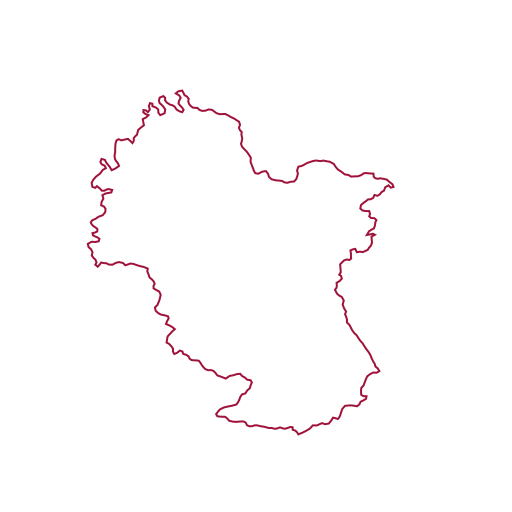 the district of Jaboticatubas, Minas Gerais, Brazil, rotated 69°
{"feature_id": "56859067B91288962070993", "entity_name": "Jaboticatubas", "entity_type": "district", "adm_level": 2, "iso_a3": "BRA", "parent_name": "Brazil", "parent_adm1": "Minas Gerais", "projection": "mercator", "projection_center": [-43.732, -19.423], "detail": "fine", "context": "isolated", "style": "outline", "palette": "rose", "viewbox_px": 512, "rotation_deg": 69, "n_neighbors": 0, "source": "geoboundaries", "source_scale": "gbopen_adm2", "svg_char_len": 6042}
<svg xmlns="http://www.w3.org/2000/svg" viewBox="0 0 512 512"><g transform="rotate(69 256 256)"><path d="M82.3,263.4L80.2,265.1L77.4,265.3L75.1,265.6L74.4,269.5L75.5,272.6L78.6,270.1L81.4,269.7L83.8,272.5L85.9,273.7L88.1,273.0L91.0,271.8L93.6,271.2L95.3,273.3L93.5,275.6L90.9,277.6L87.3,278.5L85.3,280.0L83.9,282.0L80.8,284.3L78.0,285.1L75.8,284.1L73.5,285.2L73.6,289.1L76.0,290.9L78.6,291.2L82.4,289.3L86.6,288.2L90.0,290.2L90.2,294.9L87.2,295.8L84.1,294.8L81.4,296.3L79.1,299.0L76.7,298.2L75.3,300.2L77.5,302.2L81.3,302.7L82.9,305.4L80.5,306.7L79.4,308.7L81.4,309.7L83.7,308.4L86.0,305.9L87.3,309.0L87.6,312.7L90.9,313.3L93.8,313.8L94.8,317.3L96.1,320.8L98.3,322.4L100.1,323.6L101.0,325.9L102.1,327.9L104.7,328.8L106.3,330.9L103.8,332.0L100.8,333.5L100.2,337.0L99.8,340.2L97.8,342.3L98.0,344.7L100.6,346.8L103.3,348.1L105.6,349.1L108.6,350.3L111.8,352.2L114.9,352.9L117.1,352.6L119.8,351.7L122.9,351.6L123.9,356.0L124.2,360.0L120.3,360.6L117.4,361.6L114.8,362.4L112.1,362.6L110.0,365.4L112.4,367.6L115.1,367.2L117.4,364.9L120.2,364.7L120.7,368.2L123.2,372.1L124.5,376.8L126.5,380.6L128.8,383.2L132.8,384.0L134.8,381.6L133.8,379.5L137.1,377.5L139.7,376.6L140.7,374.4L140.4,371.8L140.7,369.6L142.8,366.6L144.8,368.3L143.7,374.2L144.2,377.6L147.7,377.9L150.1,380.7L153.1,382.4L155.5,380.1L158.1,379.6L161.0,381.0L163.0,384.5L162.9,389.0L163.8,392.4L164.0,396.2L165.5,398.3L168.0,397.9L170.1,396.9L171.9,395.6L173.9,394.4L176.2,395.4L176.4,398.2L176.0,400.4L178.2,400.8L180.0,399.3L181.6,397.5L183.9,396.0L185.9,397.6L185.4,400.8L183.8,404.4L184.4,408.7L187.8,409.1L190.4,407.6L193.9,407.3L196.6,409.1L199.5,408.4L201.9,407.2L204.9,407.2L206.5,409.1L209.3,407.6L207.9,404.9L206.6,402.9L208.1,400.6L209.1,398.3L211.2,396.5L212.7,393.2L212.2,389.7L212.5,386.2L214.9,382.6L217.8,381.4L218.0,378.6L218.0,376.0L219.5,373.2L221.7,370.7L224.1,367.6L226.0,364.7L229.0,361.6L231.4,363.0L234.5,362.9L237.7,363.1L240.7,361.5L243.2,360.6L245.7,360.6L247.2,362.4L249.5,363.2L252.0,361.3L254.5,359.1L258.1,358.9L260.8,360.7L263.1,362.4L264.7,364.0L266.5,365.7L267.8,368.8L271.0,369.3L273.7,368.1L276.1,366.3L277.5,364.4L279.1,361.9L280.9,359.7L283.1,360.0L285.0,362.4L287.3,364.4L289.5,362.0L292.5,359.5L295.2,358.0L296.2,360.8L297.7,363.8L299.4,367.3L302.3,369.1L304.8,370.5L306.8,368.7L310.1,367.3L312.9,366.7L315.4,367.8L318.2,367.4L318.1,364.3L317.0,361.0L318.8,358.9L321.3,359.0L323.3,356.5L325.7,354.9L328.0,354.8L330.0,353.5L331.2,351.3L332.1,349.0L333.3,346.9L336.0,346.1L339.0,345.6L341.2,344.8L343.4,343.9L345.4,341.7L346.6,338.5L348.2,336.8L350.5,335.8L353.6,334.9L355.8,332.3L357.5,330.4L359.6,328.2L358.5,323.6L359.2,320.1L359.4,316.3L360.3,313.0L363.2,311.9L365.7,309.8L368.3,308.6L370.0,305.6L372.6,305.2L374.6,307.2L377.2,309.1L378.3,312.2L380.5,315.3L380.2,318.7L382.0,321.2L384.6,323.5L386.2,325.3L387.6,327.6L387.4,330.0L387.1,332.5L386.5,335.9L385.9,340.3L386.3,344.5L387.4,346.8L389.3,349.9L391.8,349.5L393.0,347.3L393.9,345.2L395.1,342.4L397.3,341.1L400.2,340.1L402.5,336.7L403.8,333.8L404.8,330.2L406.0,327.0L407.7,325.4L410.8,325.0L412.6,323.2L413.5,320.5L413.6,318.0L414.5,315.6L416.6,312.7L418.4,309.4L419.8,307.6L421.3,305.4L422.2,302.9L424.0,300.5L424.6,297.8L424.6,295.0L426.5,292.8L427.7,290.8L427.9,287.8L427.9,285.3L429.0,283.2L431.4,284.0L433.2,281.8L435.4,280.8L437.7,280.4L437.6,276.3L437.2,271.9L436.4,267.5L434.5,263.7L436.0,259.9L435.8,256.6L435.7,254.2L437.8,251.8L438.5,248.0L436.4,244.5L434.5,242.0L436.0,239.8L437.5,238.0L436.3,235.9L434.6,234.2L432.2,232.4L429.6,230.1L427.8,226.6L428.6,223.5L429.6,220.6L431.0,218.0L432.5,215.5L431.5,212.6L429.5,210.5L429.3,207.4L428.7,204.4L426.5,203.1L425.4,205.9L423.3,207.5L421.0,206.8L418.9,206.0L416.8,204.9L415.6,202.2L413.4,200.2L410.8,197.9L408.2,195.3L407.2,191.9L406.8,188.3L408.2,185.3L407.7,182.1L404.6,182.6L401.9,184.1L399.6,183.8L396.2,184.4L392.6,184.7L389.5,184.7L386.1,185.3L382.3,186.4L378.8,187.2L375.6,187.8L372.3,189.1L368.9,189.9L365.9,190.5L363.4,191.8L359.7,192.8L356.9,193.1L354.1,193.4L350.6,194.9L347.8,193.8L345.0,193.6L342.2,193.7L340.2,191.8L336.5,192.5L332.4,192.5L329.0,190.0L325.0,190.6L322.6,192.6L320.6,193.7L318.2,194.1L315.8,194.4L314.6,192.3L312.6,191.1L309.9,190.4L309.4,187.1L307.9,184.0L305.2,183.7L303.3,185.0L301.6,182.7L297.6,181.5L293.9,180.4L292.5,177.3L291.6,175.1L291.9,172.2L293.2,170.3L292.5,168.1L290.3,167.5L288.1,166.6L284.6,165.8L284.5,163.3L284.9,160.8L288.6,160.5L289.2,157.4L290.6,155.0L290.5,152.2L290.3,149.5L288.7,147.4L287.6,145.1L285.1,142.9L281.8,142.0L279.3,141.2L278.8,137.4L277.1,138.9L276.7,141.8L276.1,145.0L273.4,141.6L272.8,138.6L272.5,136.0L270.1,134.0L267.3,132.5L265.6,130.7L263.1,132.0L261.7,135.0L259.6,136.1L257.7,134.5L254.6,134.2L253.3,137.7L251.6,140.3L249.1,141.6L246.1,139.8L244.9,136.6L244.1,133.3L243.3,131.1L244.1,128.8L243.8,125.8L241.5,123.5L243.3,121.1L242.8,118.2L241.4,116.1L240.8,113.0L238.2,110.8L237.5,107.0L240.6,105.6L240.8,102.9L238.0,102.9L234.3,105.1L231.5,106.5L229.2,110.1L227.9,112.3L227.6,114.6L226.1,116.8L224.1,117.7L221.2,116.8L219.6,120.4L218.1,123.3L217.4,125.5L218.2,128.9L218.1,132.4L217.0,135.4L216.0,138.7L213.5,140.7L211.6,143.9L207.9,146.1L204.5,148.6L201.3,149.7L197.9,150.4L194.4,153.4L192.5,156.7L191.0,159.0L190.7,161.3L189.7,163.4L188.4,165.6L187.8,168.6L187.6,171.9L187.5,175.1L188.0,178.1L188.3,180.9L187.8,184.4L190.8,187.0L193.9,187.3L196.1,188.7L198.7,190.9L200.1,193.8L199.1,197.1L198.9,200.5L197.3,203.3L195.4,204.6L194.1,207.0L192.4,210.5L189.9,214.0L187.0,215.5L183.5,215.3L180.3,216.3L179.5,219.9L180.0,224.5L178.4,227.0L175.5,227.5L173.2,227.3L170.2,227.4L166.0,227.3L162.4,225.6L158.9,226.3L155.1,227.3L151.7,228.8L148.7,229.9L145.9,229.8L144.0,228.3L141.3,226.7L137.4,226.1L135.2,224.9L132.8,225.9L130.2,226.0L127.8,223.9L124.6,223.7L122.3,225.4L119.7,227.3L117.1,229.8L114.5,231.8L112.3,233.9L111.5,236.5L110.5,239.2L108.5,241.7L106.3,243.1L104.0,244.5L102.2,247.6L102.2,251.2L101.2,254.3L99.4,256.4L96.8,257.6L95.8,259.9L94.7,261.9L92.3,263.3L90.0,264.0L87.5,263.9L85.1,262.5L82.3,263.4Z" fill="none" stroke="#9f1239" stroke-width="2"/></g></svg>